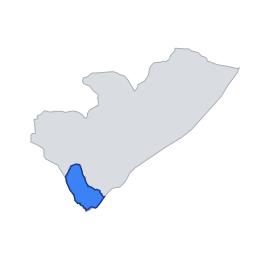 location of Grand Cape Mount within Liberia, rotated 284°
{"feature_id": "LBR-786", "entity_name": "Grand Cape Mount", "entity_type": "County", "adm_level": 1, "iso_a3": "LBR", "parent_name": "Liberia", "parent_adm1": "", "projection": "albers", "projection_center": [-10.956, 7.068], "detail": "fine", "context": "in_parent", "style": "filled", "palette": "blue", "viewbox_px": 256, "rotation_deg": 284, "n_neighbors": 0, "source": "natural_earth", "source_scale": "10m", "svg_char_len": 3451}
<svg xmlns="http://www.w3.org/2000/svg" viewBox="0 0 256 256"><g transform="rotate(284 128 128)"><path d="M36.6,107.7L39.0,105.7L42.4,99.3L47.3,93.1L51.8,89.4L55.4,85.7L59.1,82.8L64.6,79.4L72.8,70.6L74.8,69.5L76.1,63.4L78.1,55.6L80.5,53.2L86.2,51.7L87.5,50.4L89.5,44.9L90.7,38.5L90.9,37.1L93.1,36.9L96.9,35.5L99.1,36.1L100.0,38.0L100.5,39.5L112.0,35.5L113.0,34.7L113.6,34.8L115.1,38.4L115.9,38.2L116.6,37.2L117.4,37.1L118.3,37.5L119.2,39.2L120.6,40.7L123.1,41.8L124.7,43.2L124.5,47.1L125.2,50.8L126.2,51.7L126.8,53.9L127.1,56.4L127.7,57.6L128.2,60.1L127.9,62.8L128.4,64.6L130.2,67.9L131.4,71.9L131.4,74.8L130.8,77.8L129.6,80.6L127.4,83.6L127.2,84.8L128.5,85.6L130.5,85.7L132.1,85.1L136.1,86.5L138.3,88.5L140.2,90.9L141.9,92.1L142.6,93.7L145.5,93.2L148.9,91.7L149.6,91.0L150.6,91.4L152.7,91.5L154.2,88.9L155.4,85.8L158.0,82.4L159.3,81.1L159.6,79.0L159.8,76.2L160.7,73.8L162.8,72.5L165.2,72.5L166.4,73.0L167.1,75.3L168.9,77.0L170.5,78.2L171.4,78.7L172.7,80.1L174.0,84.8L179.1,99.9L178.8,104.0L177.9,106.7L177.9,109.4L177.6,112.0L174.5,116.4L165.6,125.2L166.3,126.0L168.4,127.0L170.6,127.5L172.4,127.2L174.7,129.4L177.1,132.2L179.7,133.6L183.4,134.8L186.6,135.0L189.4,134.5L193.3,135.0L197.4,137.3L198.9,141.0L199.9,144.3L201.4,146.0L201.6,148.8L204.6,151.3L208.8,151.8L214.2,154.7L215.6,154.5L216.2,154.2L216.9,154.7L218.3,163.2L219.4,167.7L218.8,169.5L218.1,170.9L218.1,177.8L215.7,181.7L215.3,186.1L214.6,187.5L212.0,188.7L212.0,192.1L211.3,196.1L211.1,200.3L211.9,211.4L212.1,219.7L213.3,221.3L208.2,220.7L193.0,214.4L181.4,210.9L142.4,190.3L131.5,182.0L119.0,169.6L91.3,144.7L85.0,140.7L77.1,138.8L72.1,136.6L68.7,134.3L65.8,127.4L58.9,123.3L46.2,117.4L36.6,107.7Z" fill="#d9dde1" stroke="#a8b0b8" stroke-width="1"/><path d="M38.0,107.1L39.4,106.4L39.8,106.2L39.7,105.1L39.9,104.3L41.1,103.6L41.5,102.9L41.8,102.1L41.9,101.4L41.7,100.5L41.9,100.2L42.8,100.1L43.2,100.0L43.4,99.7L43.5,99.3L43.3,98.8L42.7,97.7L42.6,97.3L42.7,97.1L43.5,96.4L45.1,93.9L45.8,93.8L49.5,92.1L49.9,91.8L52.8,88.1L53.5,87.0L60.1,81.8L61.9,80.8L63.6,80.4L64.2,80.2L64.7,79.8L65.2,79.2L65.8,79.3L67.4,79.6L67.5,79.7L67.7,79.8L67.8,80.1L68.0,80.2L68.1,80.3L68.4,80.3L69.0,80.1L69.6,80.5L72.8,81.1L73.0,81.0L73.6,80.9L74.0,81.5L74.3,81.6L75.0,81.5L75.7,81.6L76.6,81.7L77.1,81.8L77.5,82.2L80.1,85.8L80.2,86.0L80.3,86.4L80.5,87.3L80.5,88.2L80.5,88.6L80.7,89.6L80.6,89.9L80.4,90.2L79.8,90.6L79.5,90.9L79.4,91.1L79.2,91.2L79.0,91.4L78.1,91.7L77.9,91.8L77.7,91.9L77.1,92.5L73.9,94.4L72.8,94.7L72.5,94.7L72.3,94.8L72.2,95.0L71.9,95.3L71.0,95.9L70.8,96.1L70.6,96.4L69.9,97.5L69.7,97.8L69.3,98.0L69.0,98.2L68.9,98.4L68.7,98.5L68.0,98.6L67.8,98.6L67.0,99.1L66.8,99.2L66.5,99.7L66.3,99.8L66.1,99.9L65.4,100.2L65.2,100.3L64.7,100.7L64.6,100.8L64.3,101.0L63.9,101.5L63.4,102.2L63.1,102.6L62.8,102.8L62.2,102.9L62.0,103.0L61.6,103.3L61.5,103.5L61.8,103.8L62.0,104.3L61.8,105.2L61.8,105.5L61.9,106.0L61.8,106.4L60.7,109.5L60.1,110.8L60.0,111.1L60.1,111.4L60.6,111.9L60.7,112.1L60.8,112.7L60.7,113.4L60.7,114.2L60.3,115.6L60.2,115.9L60.1,116.0L59.9,116.2L59.5,116.1L59.3,116.0L59.1,116.0L58.8,116.2L58.6,116.4L58.4,116.6L58.1,117.1L57.9,117.5L57.9,118.0L57.8,118.3L57.6,118.5L57.2,118.6L56.7,118.8L56.3,119.1L56.1,119.4L55.7,119.9L55.6,120.3L55.5,120.6L55.6,121.2L55.7,121.7L48.8,119.2L43.5,116.8L42.5,115.7L42.5,113.9L42.7,112.9L42.8,112.5L42.8,111.9L42.2,110.8L42.0,110.6L41.2,110.3L40.3,109.8L39.6,109.2L39.1,108.7L38.0,107.1Z" fill="#3b82f6" stroke="#1e3a8a" stroke-width="1.5"/></g></svg>